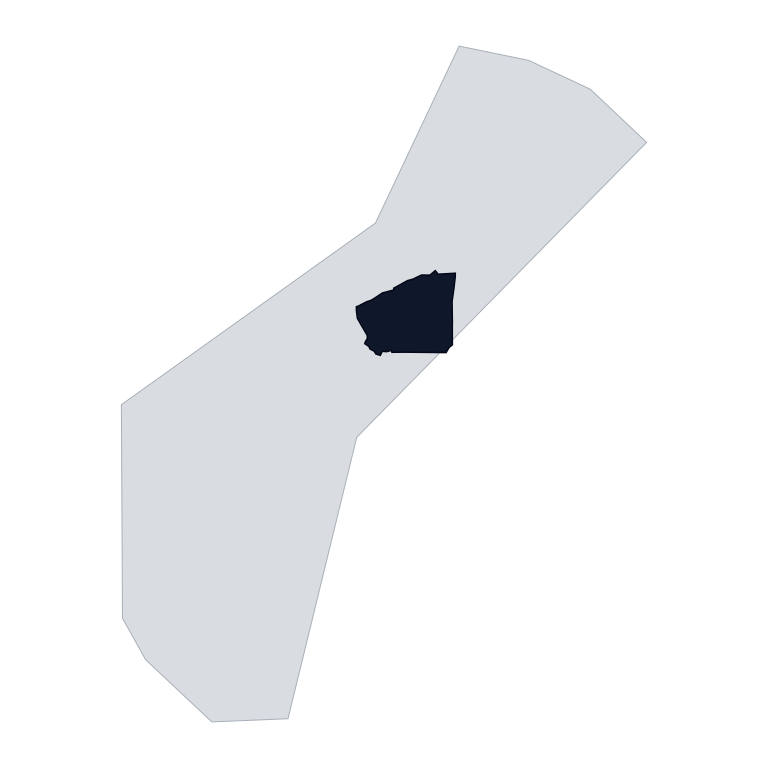 Barrigada, Guam shown in context
{"feature_id": "77769853B91363375193449", "entity_name": "Barrigada", "entity_type": "district", "adm_level": 2, "iso_a3": "GUM", "parent_name": "Guam", "parent_adm1": "", "projection": "orthographic", "projection_center": [144.805, 13.478], "detail": "fine", "context": "in_parent", "style": "filled", "palette": "ink", "viewbox_px": 768, "rotation_deg": 0, "n_neighbors": 0, "source": "geoboundaries", "source_scale": "gbopen_adm2", "svg_char_len": 899}
<svg xmlns="http://www.w3.org/2000/svg" viewBox="0 0 768 768"><path d="M288.0,718.7L211.8,721.9L145.6,659.7L122.5,618.2L121.4,404.7L375.5,223.0L459.1,46.1L528.7,60.4L590.4,89.3L646.6,142.4L356.7,437.4L288.0,718.7Z" fill="#d9dde1" stroke="#a8b0b8" stroke-width="1"/><path d="M356.4,306.6L356.4,310.9L357.4,318.4L361.1,324.9L362.9,327.9L367.3,335.5L367.3,338.7L365.5,341.4L364.8,343.7L368.9,346.5L369.9,348.9L374.2,351.2L375.9,354.0L380.3,355.4L382.3,351.3L386.8,351.7L391.4,350.4L391.9,352.3L401.7,352.2L406.6,352.2L426.2,352.4L446.1,352.6L448.9,347.8L449.5,347.1L452.4,344.9L452.3,327.1L452.4,322.8L452.1,302.4L452.1,301.3L453.9,288.6L455.3,276.6L455.3,273.2L438.1,274.2L435.3,270.6L429.3,275.6L429.2,275.1L421.5,275.0L412.7,279.2L407.5,280.6L393.7,288.2L394.0,289.9L382.5,292.9L373.1,299.1L370.3,300.6L367.0,301.6L357.3,306.5L356.4,306.6Z" fill="#0f172a" stroke="#020617" stroke-width="1.5"/></svg>